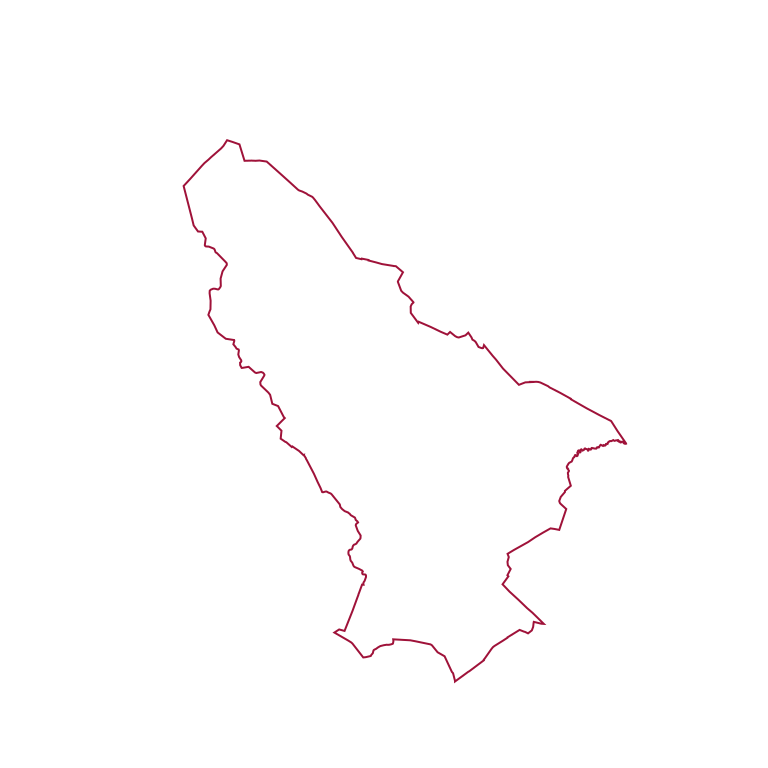 outline of Stelpes pag., Vecumnieku, Latvia, rotated 238°
{"feature_id": "27541924B70634924766209", "entity_name": "Stelpes pag.", "entity_type": "district", "adm_level": 2, "iso_a3": "LVA", "parent_name": "Latvia", "parent_adm1": "Vecumnieku", "projection": "orthographic", "projection_center": [24.499, 56.522], "detail": "fine", "context": "isolated", "style": "outline", "palette": "rose", "viewbox_px": 768, "rotation_deg": 238, "n_neighbors": 0, "source": "geoboundaries", "source_scale": "gbopen_adm2", "svg_char_len": 6103}
<svg xmlns="http://www.w3.org/2000/svg" viewBox="0 0 768 768"><g transform="rotate(238 384 384)"><path d="M663.8,388.4L669.8,383.6L673.9,380.1L671.0,374.0L670.1,370.7L668.0,357.6L667.3,354.2L666.5,348.8L665.5,345.0L660.6,328.2L658.1,319.0L625.9,308.8L619.3,306.6L611.9,307.1L609.4,310.6L602.0,310.0L596.7,305.6L595.8,305.5L595.0,305.9L593.4,308.2L589.2,311.3L588.3,311.6L587.3,311.5L585.2,311.0L584.6,311.1L583.5,311.7L572.2,314.2L570.0,314.6L569.3,314.4L568.3,313.8L565.1,306.8L561.0,302.4L560.0,301.3L553.7,297.6L553.4,297.3L552.8,296.3L552.0,294.2L552.0,293.6L552.5,292.9L554.4,291.1L555.0,290.2L555.4,289.4L555.8,286.9L555.4,285.6L553.4,284.2L546.5,281.1L539.3,276.4L537.9,274.4L535.7,271.7L523.7,271.2L515.9,270.2L506.2,273.8L500.7,280.2L499.9,279.9L497.5,277.3L494.1,277.7L492.1,277.7L490.3,279.0L489.3,278.7L486.3,276.1L483.6,275.4L479.8,275.5L478.8,275.0L478.4,274.2L478.4,273.3L476.2,272.0L473.1,271.8L472.6,272.7L470.3,278.3L462.1,280.7L461.0,281.5L459.3,286.1L459.0,286.4L457.8,287.3L457.1,287.5L455.9,287.6L455.1,287.5L454.6,286.9L451.2,280.1L449.1,279.0L447.9,278.9L438.0,281.4L435.2,281.7L426.4,278.8L421.4,282.5L409.0,281.5L407.7,281.8L405.2,270.8L398.7,272.3L392.4,267.4L387.1,269.7L386.4,270.3L379.4,272.4L379.6,273.2L372.2,276.5L366.4,278.0L366.3,278.5L366.0,278.2L364.7,278.5L363.5,278.4L362.9,278.5L361.8,278.2L360.5,278.2L345.0,277.0L336.3,275.8L329.6,275.1L325.1,274.3L324.5,274.9L323.8,277.3L323.5,278.0L322.9,278.5L321.4,279.3L319.5,280.7L318.4,281.1L305.3,282.7L302.8,281.8L300.1,282.2L297.0,283.3L294.0,285.5L293.2,285.6L292.4,286.1L290.4,286.3L286.2,288.5L285.7,288.5L283.7,288.0L281.4,288.7L280.3,288.6L280.3,287.7L279.9,286.0L279.6,285.6L279.0,285.1L273.3,283.9L267.9,283.9L265.9,282.5L265.4,282.0L264.4,278.6L263.9,277.2L263.3,276.1L263.3,275.0L263.6,273.4L263.3,272.2L262.5,271.1L261.4,270.1L260.9,269.0L261.0,268.3L261.5,267.3L261.5,266.4L261.1,265.5L260.7,265.1L259.5,264.2L258.1,263.6L256.4,263.8L255.2,263.5L253.2,262.5L251.8,262.1L249.3,262.4L246.1,261.8L244.9,261.9L244.1,262.3L240.5,264.8L237.4,266.6L236.7,266.7L236.1,266.6L235.9,265.9L235.4,265.4L235.0,265.2L234.1,265.1L233.7,265.3L232.4,267.1L232.1,267.3L231.3,267.3L229.9,266.5L227.3,263.2L226.6,261.6L226.0,260.9L224.6,260.3L225.5,259.1L220.2,252.3L219.1,250.8L218.7,250.5L217.2,248.5L208.3,237.1L195.5,219.7L199.6,215.9L199.5,210.2L185.2,217.8L182.1,219.3L180.6,219.7L163.1,221.5L162.0,223.8L160.5,228.2L160.4,228.8L161.0,229.7L161.6,231.8L163.6,233.9L163.8,234.5L163.8,235.3L163.6,236.9L163.8,239.4L163.7,242.0L162.6,245.4L161.5,248.0L160.2,250.0L159.5,251.9L159.1,253.6L159.1,253.9L159.3,254.2L160.9,255.7L162.6,256.5L152.7,270.5L149.1,274.4L138.5,285.5L137.0,286.2L128.1,287.3L121.0,291.1L103.9,289.0L102.1,289.3L94.6,286.9L94.1,286.6L95.3,303.2L95.2,303.9L96.8,322.4L97.4,322.6L97.4,322.8L97.7,323.7L102.3,334.6L103.1,336.9L103.3,338.8L103.3,348.9L103.4,354.3L103.7,354.5L103.6,368.4L103.6,368.7L99.8,371.5L99.1,372.2L96.2,374.0L96.7,378.8L99.0,381.8L102.4,384.5L102.9,385.0L97.4,390.3L95.9,392.4L111.3,388.7L118.0,386.6L130.0,383.6L141.5,380.4L147.0,379.3L151.3,378.4L155.0,387.6L156.4,387.3L160.0,393.4L164.7,393.0L167.8,394.5L171.1,398.1L174.5,398.8L174.4,406.2L173.6,422.4L173.9,431.1L173.7,439.9L173.3,448.7L170.7,451.8L167.4,455.3L181.4,472.3L188.6,470.3L189.9,470.1L191.9,470.6L194.6,474.1L196.5,480.2L197.5,480.8L198.7,488.5L207.6,490.9L208.5,491.7L210.4,492.4L211.4,493.0L211.9,494.3L212.2,494.7L212.5,494.9L213.8,494.8L214.3,495.1L214.7,494.8L215.1,495.0L215.3,494.7L216.0,494.7L217.0,495.2L217.8,496.5L218.2,497.5L218.5,497.8L219.0,499.3L218.8,502.1L219.7,503.5L219.8,503.6L220.8,504.8L221.1,505.5L221.1,506.4L221.2,506.7L221.7,507.0L222.1,508.2L222.4,508.5L222.1,508.9L221.2,508.8L220.6,509.3L220.6,510.1L220.7,510.3L221.3,510.6L221.8,511.6L222.0,511.7L222.3,511.4L223.2,511.4L223.5,511.7L223.8,512.4L224.5,513.1L224.6,513.5L224.6,513.8L224.3,514.2L222.5,513.8L222.1,513.9L222.0,514.3L222.1,514.5L223.5,514.9L223.9,515.5L223.9,515.9L224.1,516.6L224.0,516.8L223.2,517.0L222.4,516.8L222.3,517.0L222.2,518.4L222.3,519.2L222.5,519.4L222.9,519.7L222.9,520.2L222.8,520.4L222.3,520.5L221.1,521.6L220.1,521.8L219.3,521.8L219.3,522.2L219.9,522.8L220.5,522.9L220.6,523.1L220.6,523.3L219.1,524.2L218.8,524.6L219.1,525.4L219.5,525.6L219.7,526.2L219.6,526.5L218.7,527.2L218.4,527.8L218.1,527.9L217.4,528.7L217.2,529.1L216.8,529.6L216.7,529.9L216.8,530.3L217.4,530.8L217.4,531.0L217.1,531.6L217.1,532.1L217.0,532.3L216.5,532.3L216.3,532.6L216.4,532.9L216.6,533.2L217.5,534.8L217.6,535.6L215.5,536.8L215.4,536.9L215.5,537.1L215.9,537.5L215.8,538.1L215.5,538.3L214.9,538.3L214.6,538.9L214.7,539.7L215.5,540.5L215.2,541.4L214.7,541.8L215.2,542.5L215.7,542.9L216.0,544.1L215.7,544.6L215.9,545.3L215.4,546.2L215.1,546.5L215.0,547.3L215.0,548.4L214.9,548.8L213.9,549.1L213.6,549.4L213.4,550.1L213.3,550.8L212.7,551.9L212.5,552.8L212.3,552.9L211.7,552.8L211.6,552.2L210.6,552.7L210.7,553.1L210.7,553.4L210.5,553.6L210.2,553.7L209.8,553.5L209.2,553.5L208.9,553.8L209.1,554.7L208.8,554.9L208.7,555.7L208.3,556.0L207.8,556.2L206.9,555.9L206.0,556.3L205.3,557.1L205.1,557.7L205.3,557.8L220.3,557.1L232.2,557.0L243.8,550.0L255.8,543.1L272.0,534.4L272.3,534.7L283.2,528.7L293.4,522.6L295.2,522.0L302.4,517.4L304.0,515.9L304.9,514.7L307.6,510.3L307.3,510.4L310.5,504.7L311.8,498.0L334.0,493.1L345.4,491.9L350.3,491.1L364.0,489.4L362.0,487.1L362.1,486.6L362.8,485.7L365.3,483.8L371.0,484.0L372.7,483.6L374.8,482.5L377.1,482.9L382.9,482.7L382.1,478.9L383.8,472.1L385.0,470.8L386.9,469.7L393.1,467.6L392.3,463.9L398.2,459.8L407.7,453.8L418.4,446.4L417.7,445.4L430.1,444.4L435.6,447.7L437.0,449.8L437.5,452.2L437.8,452.3L445.1,451.1L451.4,448.5L454.0,448.0L463.3,449.9L463.7,450.2L468.7,459.3L477.6,456.5L478.8,454.9L478.9,454.7L479.1,454.6L486.8,445.8L491.1,441.9L497.0,436.3L497.4,436.6L502.1,431.6L501.7,431.1L505.7,427.1L511.7,427.1L511.8,427.2L531.1,426.1L548.0,425.7L568.6,423.6L576.6,423.0L579.7,422.6L580.8,422.3L585.0,419.7L586.5,419.2L590.5,416.7L593.1,414.6L594.4,414.0L606.9,410.5L634.8,402.4L639.5,396.8L641.4,393.3L643.6,390.1L647.2,384.0L663.8,388.4Z" fill="none" stroke="#9f1239" stroke-width="2"/></g></svg>